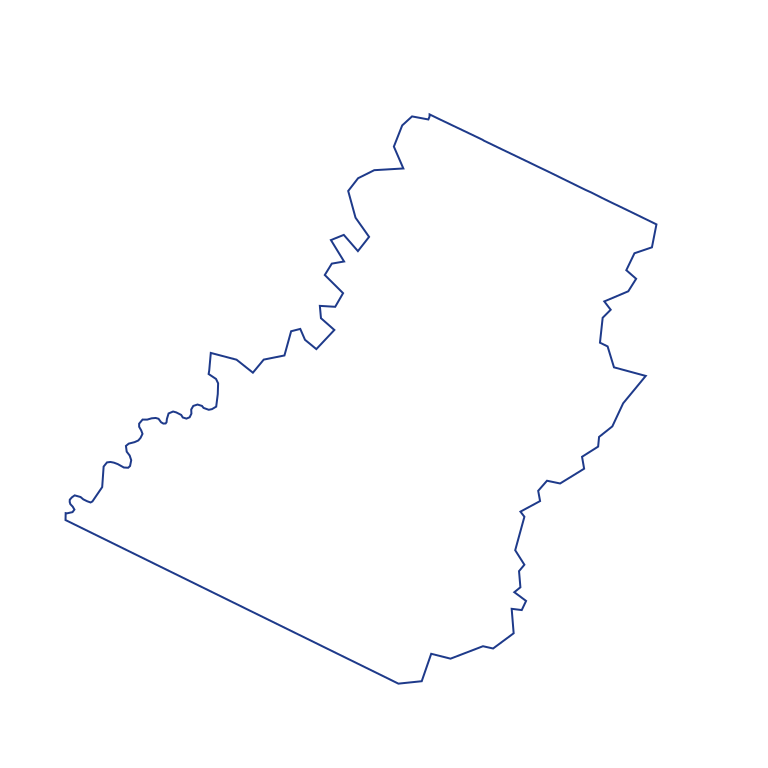 Bowie, Texas, United States of America (Equal Earth projection), rotated 296°
{"feature_id": "52423323B35633344294937", "entity_name": "Bowie", "entity_type": "district", "adm_level": 2, "iso_a3": "USA", "parent_name": "United States of America", "parent_adm1": "Texas", "projection": "equal_earth", "projection_center": [-94.429, 33.475], "detail": "fine", "context": "isolated", "style": "outline", "palette": "blue", "viewbox_px": 768, "rotation_deg": 296, "n_neighbors": 0, "source": "geoboundaries", "source_scale": "gbopen_adm2", "svg_char_len": 2050}
<svg xmlns="http://www.w3.org/2000/svg" viewBox="0 0 768 768"><g transform="rotate(296 384 384)"><path d="M191.7,587.9L194.1,598.0L216.8,609.8L237.9,597.3L241.2,606.9L251.3,606.8L254.0,592.4L261.1,595.7L275.0,587.4L283.1,589.4L292.1,574.8L326.2,568.4L329.1,562.6L347.2,575.6L355.6,569.4L368.5,572.9L371.8,585.9L395.6,601.0L405.4,593.9L421.6,603.9L430.7,600.5L446.0,607.8L471.5,607.4L506.0,615.7L499.8,583.4L515.8,568.5L515.8,560.0L539.4,551.5L550.1,555.2L554.8,545.8L574.4,562.9L589.1,564.5L592.5,551.9L611.3,551.8L624.3,564.9L646.9,558.9L646.9,526.7L646.8,510.0L646.8,505.3L646.8,498.7L647.0,486.4L646.8,479.9L646.8,471.7L646.9,437.7L646.8,427.0L646.8,422.2L646.6,388.0L646.5,367.5L646.5,367.2L646.7,365.5L646.3,316.6L646.3,307.6L646.3,306.8L644.3,307.7L641.2,307.9L636.8,291.9L624.4,287.0L601.7,288.8L586.2,306.9L571.9,281.5L557.6,270.5L541.8,267.2L521.0,285.5L509.7,306.1L492.0,302.3L500.4,282.5L490.1,273.2L476.6,294.4L469.3,284.3L456.0,283.0L447.7,307.4L432.0,306.3L426.1,292.1L415.5,298.5L410.8,315.7L385.7,307.9L389.1,293.6L396.8,284.6L390.7,277.4L366.0,282.0L353.2,265.2L336.7,261.2L341.2,240.8L336.0,214.7L319.5,221.0L316.1,222.0L314.9,230.8L311.9,234.6L302.1,239.0L290.1,243.1L286.0,240.4L284.0,237.8L283.4,232.3L284.5,230.0L283.8,225.4L280.7,222.2L276.6,221.9L272.9,223.9L268.9,223.9L266.3,221.6L265.7,217.8L267.3,215.3L267.4,209.7L266.8,206.5L263.1,203.3L257.4,204.2L254.3,205.3L252.8,205.0L251.7,203.0L251.9,200.4L253.9,196.6L253.4,193.7L251.3,190.2L248.2,186.8L246.2,182.6L241.0,181.3L238.2,182.7L235.8,186.2L233.3,188.8L228.8,188.8L225.5,187.9L222.4,185.3L218.5,180.7L215.2,179.2L210.4,182.4L208.2,186.8L204.7,190.2L199.0,191.7L196.6,190.8L194.9,186.8L195.3,179.8L194.9,175.7L194.0,172.3L192.1,169.4L186.9,168.2L167.8,175.9L150.6,173.4L148.9,172.2L148.5,168.7L148.5,164.3L149.4,160.8L148.3,154.8L145.4,153.2L142.3,152.3L140.2,153.2L138.5,154.8L137.3,158.0L135.4,160.8L132.3,160.2L128.8,155.8L128.4,154.5L122.1,157.4L121.0,528.3L133.4,548.2L162.2,544.7L166.3,564.2L191.7,587.9Z" fill="none" stroke="#1e3a8a" stroke-width="2"/></g></svg>